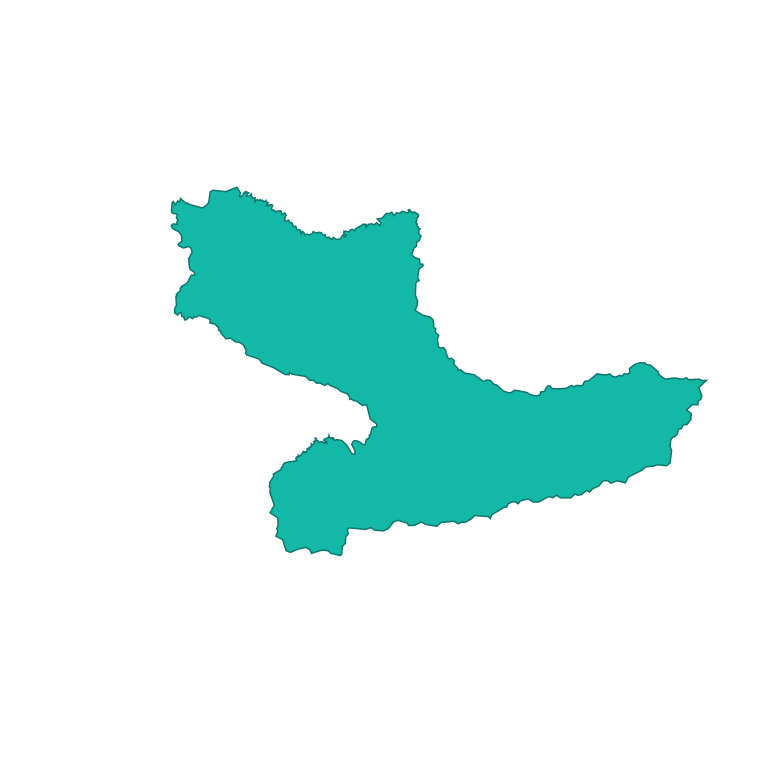 Wang Chin, Phrae, Thailand, rotated 216°
{"feature_id": "78962969B75821341388789", "entity_name": "Wang Chin", "entity_type": "district", "adm_level": 2, "iso_a3": "THA", "parent_name": "Thailand", "parent_adm1": "Phrae", "projection": "mercator", "projection_center": [99.714, 17.875], "detail": "fine", "context": "isolated", "style": "filled", "palette": "teal", "viewbox_px": 768, "rotation_deg": 216, "n_neighbors": 0, "source": "geoboundaries", "source_scale": "gbopen_adm2", "svg_char_len": 6171}
<svg xmlns="http://www.w3.org/2000/svg" viewBox="0 0 768 768"><g transform="rotate(216 384 384)"><path d="M603.7,332.3L598.3,325.9L597.6,322.2L595.1,318.4L591.3,318.6L591.5,321.0L590.1,322.6L587.3,319.8L585.3,320.6L583.0,318.6L581.6,320.0L581.1,323.8L577.1,324.5L577.1,326.8L575.1,327.9L574.0,330.6L565.2,333.6L562.5,333.9L560.7,331.0L556.0,333.1L550.8,332.2L549.5,330.3L546.6,330.4L545.8,329.3L538.2,327.7L535.2,330.9L529.3,330.8L524.8,332.9L520.5,333.0L514.9,329.9L514.2,327.5L511.9,326.8L500.0,330.9L495.1,329.2L482.9,332.3L469.5,333.6L466.2,335.8L467.2,337.6L464.3,337.9L451.8,344.1L446.2,343.3L443.5,345.4L438.9,345.1L436.4,347.1L431.2,348.1L429.6,351.6L427.3,351.0L419.6,352.9L414.2,352.7L407.8,354.6L403.8,353.1L402.6,351.6L401.9,352.6L398.4,352.8L397.2,354.0L388.6,354.0L387.8,355.6L385.5,356.8L374.6,347.6L366.3,347.3L364.9,345.2L367.6,342.6L367.7,341.0L365.2,335.1L365.9,333.9L364.7,333.1L364.6,330.3L365.8,329.1L363.8,324.2L365.1,322.5L368.5,322.9L373.3,321.8L374.9,320.4L375.2,318.4L374.4,316.0L367.8,312.7L366.4,310.3L368.8,308.6L378.2,312.6L385.0,313.5L389.6,311.1L390.7,309.3L393.4,310.6L394.4,310.1L393.0,309.0L394.7,309.4L395.4,308.4L398.3,310.0L397.4,308.2L399.9,304.3L399.5,303.0L398.2,302.6L396.9,303.8L394.7,301.9L396.2,302.4L398.7,300.6L400.3,301.0L402.6,298.3L404.1,299.2L405.8,298.7L407.1,300.3L407.9,299.8L406.2,298.3L407.0,295.9L405.5,295.7L406.0,292.6L407.7,292.7L405.9,290.6L407.4,288.6L406.3,287.4L408.1,286.6L406.6,283.8L409.1,282.1L407.9,282.1L409.4,281.1L409.5,276.4L411.6,276.0L410.5,274.7L411.6,274.1L411.7,272.0L409.5,270.7L417.9,262.0L418.3,259.6L417.2,257.9L418.0,256.2L416.9,254.4L420.6,246.3L418.9,244.0L418.7,237.7L416.2,233.3L414.6,232.8L412.7,229.3L401.5,221.4L400.4,212.8L391.3,213.4L386.8,207.6L385.6,204.0L383.0,201.9L382.1,197.3L374.6,198.6L365.2,191.6L360.7,192.8L356.6,199.7L351.5,205.7L346.7,206.4L343.0,204.4L337.5,212.0L334.2,214.7L330.9,216.3L327.5,215.8L318.5,219.5L318.3,221.6L322.3,228.1L321.6,232.5L325.1,237.6L324.7,241.3L328.3,245.1L327.2,247.4L313.5,255.5L310.1,260.2L305.9,260.1L298.1,264.9L295.5,269.5L295.3,278.1L292.5,282.0L283.6,285.1L280.8,284.0L276.2,287.6L272.9,294.3L267.9,294.9L257.7,299.9L256.5,305.4L247.0,313.9L241.8,314.5L240.2,317.7L236.9,320.1L234.0,326.5L233.4,330.8L221.6,338.1L218.9,337.6L220.0,341.4L214.3,355.0L212.3,356.7L213.2,359.9L210.9,364.2L208.2,365.9L205.0,366.0L205.0,369.4L200.0,375.8L193.7,376.2L189.6,379.4L184.7,389.6L180.5,391.4L178.9,395.6L174.5,395.5L166.0,401.7L164.9,407.0L161.7,408.0L159.2,410.7L157.5,417.0L154.2,417.4L153.6,422.1L150.3,427.8L150.0,433.4L149.0,435.4L145.9,437.2L142.1,437.2L138.5,442.7L130.6,445.9L131.7,452.2L124.6,466.2L123.5,471.0L117.8,475.8L115.5,479.2L107.5,483.9L106.1,488.2L112.2,499.2L115.7,501.5L119.2,507.4L119.2,510.9L117.8,512.1L117.4,516.2L119.3,520.8L117.2,522.5L117.9,527.0L115.0,529.3L115.1,536.1L118.0,540.6L123.9,540.8L122.5,548.6L117.8,551.7L119.8,555.0L118.7,557.5L119.6,560.9L127.2,566.3L125.3,576.4L128.5,573.9L131.9,573.1L140.2,566.4L142.8,566.9L145.3,563.4L152.7,559.5L159.3,553.3L166.7,553.0L169.2,555.0L179.4,555.9L183.1,554.1L185.6,554.3L189.8,551.2L192.4,547.7L194.6,540.8L191.9,537.9L192.6,535.0L195.8,533.5L196.0,530.5L198.8,529.3L200.5,525.7L203.9,524.5L207.2,524.8L210.4,521.2L217.6,517.5L220.2,507.4L223.2,503.9L222.5,499.2L227.4,496.0L228.5,493.6L231.7,492.9L234.1,487.4L241.2,481.9L245.6,479.0L248.6,480.0L250.4,478.6L250.6,475.5L249.6,472.7L252.5,469.7L251.4,466.8L254.1,463.6L259.8,461.3L263.3,461.2L274.4,456.0L276.4,451.2L278.5,449.9L283.4,448.5L292.7,449.4L294.6,448.3L300.0,449.4L302.9,448.0L305.0,444.5L316.5,444.5L325.3,440.2L330.6,440.5L331.9,438.8L333.7,440.1L339.4,441.1L341.0,444.3L344.7,444.4L345.7,442.8L347.5,442.7L352.3,445.6L353.6,447.4L357.2,448.4L359.6,446.1L362.1,446.2L367.4,452.0L368.3,455.5L372.8,455.9L374.8,459.4L377.0,458.6L378.8,461.7L382.8,465.1L386.6,465.1L392.8,462.5L402.3,461.8L403.0,466.1L405.3,470.6L410.9,474.4L417.5,484.3L417.7,486.0L416.2,488.4L419.1,489.6L423.1,497.1L422.0,503.1L423.4,503.6L425.2,502.1L428.8,505.9L432.4,504.6L437.4,504.5L439.7,511.2L438.7,514.4L440.9,517.9L439.8,520.9L441.0,525.4L444.4,526.1L445.9,528.2L446.0,530.6L447.4,530.0L448.2,531.2L450.4,531.1L451.1,533.0L453.2,533.2L453.6,535.6L455.1,537.1L454.6,539.7L455.7,541.3L460.7,541.1L461.3,539.6L464.1,539.3L465.8,540.3L466.7,538.9L464.9,537.8L464.9,536.6L471.0,534.3L471.5,531.5L474.6,529.7L474.8,526.1L478.7,527.6L480.2,524.7L482.4,523.3L482.9,517.2L486.4,513.5L481.3,512.7L480.3,509.7L484.8,510.0L485.7,506.6L487.6,506.7L490.1,504.6L490.6,500.1L491.8,500.6L492.0,502.7L494.5,501.4L498.3,492.8L498.0,490.6L500.7,490.5L501.9,488.7L501.5,486.7L506.3,484.2L504.5,481.4L502.2,482.4L502.0,480.0L505.0,480.0L504.6,476.3L505.6,474.4L507.8,472.9L511.2,472.8L511.4,470.2L514.9,470.4L517.0,468.1L519.5,470.3L520.9,468.4L523.2,469.5L525.3,468.9L527.9,466.1L530.9,465.7L530.6,463.6L532.1,460.6L534.2,460.1L535.9,458.2L538.0,459.6L539.7,459.3L539.5,456.9L542.0,459.4L545.4,457.8L548.0,459.7L550.1,458.1L552.9,460.2L555.4,459.3L557.5,460.5L558.7,458.2L560.2,458.0L562.2,460.5L562.2,462.8L564.9,464.2L566.2,460.7L568.6,463.2L569.9,463.2L573.0,459.7L575.6,459.9L576.7,458.8L578.4,460.2L579.1,463.2L580.8,462.8L582.2,460.5L583.6,461.2L583.1,460.2L584.0,459.1L584.6,462.7L586.8,462.2L587.3,463.0L588.0,460.8L590.3,461.2L591.0,460.1L592.3,460.5L593.1,458.8L595.0,458.7L595.7,455.7L597.6,458.9L599.7,457.0L603.1,459.7L603.1,457.5L605.3,455.3L606.3,457.1L605.7,459.1L609.4,458.3L608.7,456.9L609.9,455.9L609.1,454.1L610.3,450.8L611.5,451.2L612.3,454.2L618.6,456.7L625.1,446.5L636.1,440.4L637.6,437.3L632.6,428.1L632.6,423.7L634.6,419.5L647.8,414.6L649.1,415.0L649.9,413.9L657.7,414.4L656.4,411.2L658.5,410.8L658.1,406.2L661.6,407.9L661.9,406.0L657.2,398.4L655.3,397.8L652.6,399.4L650.4,399.3L650.0,396.8L647.0,395.2L646.5,392.7L644.9,391.5L648.5,389.8L649.2,387.5L648.5,386.3L646.1,385.6L639.1,386.5L635.1,385.1L631.5,380.8L632.7,376.0L631.0,375.2L626.1,376.2L622.8,380.5L619.7,380.4L616.6,377.7L615.7,370.6L610.3,364.3L608.1,362.7L603.6,362.9L601.4,361.6L601.5,360.3L603.9,358.7L602.5,350.1L605.1,344.0L605.0,341.4L603.6,340.2L604.8,334.4L603.2,333.6L603.7,332.3Z" fill="#14b8a6" stroke="#0f766e" stroke-width="1.5"/></g></svg>